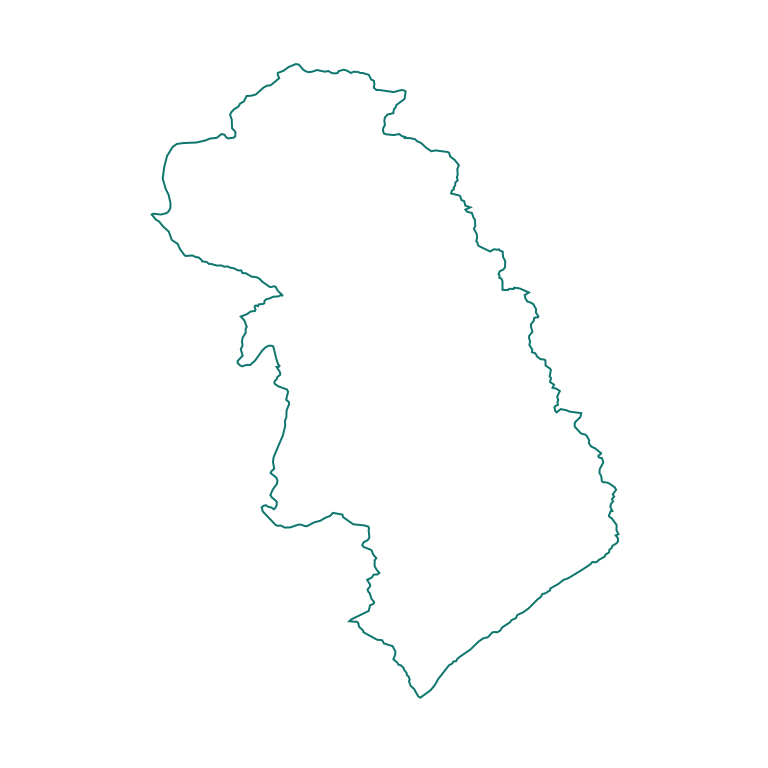 the district of San Rafael, Antioquia, Colombia, rotated 98°
{"feature_id": "7082276B22021388124839", "entity_name": "San Rafael", "entity_type": "district", "adm_level": 2, "iso_a3": "COL", "parent_name": "Colombia", "parent_adm1": "Antioquia", "projection": "equal_earth", "projection_center": [-75.014, 6.308], "detail": "fine", "context": "isolated", "style": "outline", "palette": "teal", "viewbox_px": 768, "rotation_deg": 98, "n_neighbors": 0, "source": "geoboundaries", "source_scale": "gbopen_adm2", "svg_char_len": 6128}
<svg xmlns="http://www.w3.org/2000/svg" viewBox="0 0 768 768"><g transform="rotate(98 384 384)"><path d="M689.6,304.4L680.7,295.2L675.0,291.7L668.9,289.4L653.5,280.5L651.5,277.7L649.2,276.7L648.4,273.9L646.5,273.4L643.9,271.3L634.8,261.4L625.8,254.4L622.1,250.4L620.3,245.9L614.9,242.1L614.3,240.5L614.0,237.1L612.2,234.8L608.4,232.9L602.5,226.1L600.2,225.0L597.5,220.8L594.2,219.9L590.8,214.5L586.1,209.6L576.1,202.1L573.4,199.3L569.8,197.9L569.1,195.6L565.2,190.8L563.3,190.8L557.8,183.6L553.0,179.0L550.7,174.5L540.9,162.6L534.1,154.8L531.2,152.8L531.2,149.9L530.5,148.4L528.2,146.7L524.2,141.4L522.1,140.9L519.5,137.7L516.7,137.7L514.6,135.7L512.5,135.3L509.4,131.6L507.4,130.4L504.0,131.0L501.7,133.5L500.1,130.9L496.3,133.5L491.3,134.0L485.1,140.0L484.3,142.2L483.2,143.0L478.4,141.8L478.0,140.2L474.1,142.8L470.7,142.4L468.5,140.8L466.2,142.3L463.5,140.4L461.4,142.1L456.5,139.4L454.3,141.0L451.3,146.8L450.5,149.6L450.8,153.6L449.6,154.9L445.3,155.9L442.0,158.3L438.2,158.5L431.2,155.9L427.1,157.8L426.9,160.6L426.0,161.6L424.8,161.5L423.1,159.4L422.3,159.4L418.3,166.2L417.0,170.3L414.1,172.9L411.2,173.0L407.0,176.1L406.1,177.6L405.6,182.0L399.7,189.2L396.6,189.7L394.9,189.2L389.6,185.0L385.4,184.6L385.5,196.4L384.5,200.3L384.3,205.6L388.1,209.1L387.0,210.5L383.6,212.0L382.0,211.2L380.5,208.9L377.8,209.7L375.6,209.2L372.5,210.8L366.5,208.9L364.7,212.5L364.3,216.6L361.0,215.5L358.9,219.9L354.9,219.4L353.4,221.0L346.8,220.7L345.6,221.8L343.3,226.5L338.1,227.5L337.5,229.1L337.6,232.4L335.7,236.0L332.5,238.5L331.9,241.9L329.3,242.0L325.0,245.5L321.7,245.2L318.8,246.6L316.2,247.0L311.8,244.3L306.5,246.5L304.3,246.8L300.6,244.5L297.9,244.5L297.0,243.2L296.6,240.9L295.5,240.5L292.0,243.6L288.7,243.8L284.0,247.4L282.7,251.1L282.5,253.4L279.7,255.8L276.4,257.1L273.2,253.2L270.6,262.6L270.4,265.2L270.6,268.6L271.9,268.8L272.3,273.3L273.6,274.2L274.3,279.7L265.6,281.0L263.3,282.4L262.8,284.6L260.4,284.7L259.2,285.9L256.1,285.0L254.1,281.7L251.4,280.4L245.2,281.1L241.9,283.7L236.4,284.9L235.8,287.7L234.7,288.8L235.3,290.7L235.2,293.7L238.0,297.3L234.3,309.0L233.2,310.4L230.8,311.2L230.0,312.5L226.0,312.2L222.5,313.1L217.7,316.6L214.9,315.6L208.5,316.9L207.1,318.3L202.4,320.8L201.8,325.7L200.0,327.7L197.1,323.1L196.0,328.3L191.7,330.1L191.1,332.9L187.9,334.4L186.8,335.7L186.0,344.1L183.2,343.7L181.1,341.8L179.9,342.3L177.4,341.2L174.6,341.4L172.1,339.4L169.1,340.6L167.0,340.1L160.9,341.3L156.9,340.3L152.3,345.2L149.5,350.1L146.2,351.6L145.4,353.1L145.5,365.4L146.9,369.5L144.2,375.1L140.2,380.7L139.1,384.8L137.2,387.4L136.9,393.0L137.6,397.3L137.4,397.9L136.4,397.5L136.1,400.6L134.4,403.7L136.2,409.3L136.4,416.8L136.0,418.9L133.2,420.3L130.2,420.3L127.7,419.1L123.3,420.3L120.0,420.2L116.7,418.1L114.5,412.5L110.5,412.4L108.7,411.1L106.1,410.6L98.8,403.3L91.2,403.3L90.5,404.9L90.5,407.7L93.6,415.2L93.5,430.0L93.9,432.4L92.0,435.3L88.6,435.2L85.1,436.2L84.3,439.1L79.9,442.1L79.0,448.4L79.3,450.8L78.6,453.3L79.0,457.5L80.6,460.1L78.8,464.4L78.4,467.7L80.5,472.5L82.5,473.2L83.3,476.0L83.3,479.1L81.8,482.6L83.0,486.1L82.4,494.0L84.9,499.0L85.7,502.4L85.2,505.1L83.9,507.9L79.6,512.7L79.4,515.8L83.4,522.6L87.8,527.1L90.7,532.4L92.6,532.3L95.7,530.3L103.0,536.9L104.3,538.7L104.8,541.3L107.2,544.5L115.2,551.3L117.0,555.6L117.9,560.1L123.7,562.1L126.3,565.5L129.6,566.8L132.9,570.8L136.4,573.2L138.9,573.9L143.2,571.6L152.0,570.0L154.3,566.9L155.6,566.1L159.6,565.8L161.0,567.1L162.5,572.6L161.9,574.3L159.4,576.6L159.1,579.7L163.5,583.9L165.1,590.3L167.9,595.2L171.0,603.5L173.3,616.1L175.1,622.5L178.5,626.2L188.5,630.6L200.8,631.9L211.4,631.7L221.5,627.2L226.3,623.8L234.3,620.7L239.5,620.0L243.2,621.4L245.2,623.3L247.2,628.5L247.5,636.2L248.5,637.6L252.8,633.0L254.5,629.2L258.5,625.0L263.1,618.3L270.8,614.3L274.0,607.8L278.7,604.9L284.4,599.3L284.8,597.9L283.4,591.8L284.6,587.4L284.4,585.4L286.4,582.1L287.9,581.2L287.8,576.7L289.5,573.9L289.1,572.3L290.0,566.0L289.2,561.4L290.1,558.6L289.3,555.0L290.2,552.8L290.3,548.8L291.8,544.4L291.4,541.2L293.8,539.7L293.6,536.0L296.1,530.1L296.0,525.5L296.5,523.3L297.6,521.1L299.4,519.2L303.7,510.8L303.7,509.2L302.5,506.5L302.8,504.9L306.5,502.1L310.7,496.3L310.4,498.5L312.0,500.8L312.9,505.6L315.1,509.0L316.5,512.4L318.3,513.9L320.7,513.8L321.4,514.4L322.6,519.1L324.5,519.6L324.0,521.3L324.4,522.5L325.6,522.9L328.3,521.6L329.6,521.9L330.8,526.2L333.9,529.4L337.1,535.2L340.4,531.2L346.5,527.9L348.8,528.7L352.6,528.1L357.7,530.4L361.4,530.6L365.8,529.4L369.4,530.7L375.7,527.9L381.6,532.2L383.5,531.9L385.2,529.9L386.3,527.0L384.2,522.8L383.8,519.2L378.7,514.9L367.9,509.3L364.1,506.4L362.1,503.3L361.8,500.8L362.2,498.9L374.6,493.9L379.5,491.4L380.5,490.0L381.4,490.3L382.1,492.7L386.7,488.7L388.7,488.1L389.7,488.3L391.7,490.5L394.1,490.9L396.3,492.6L397.9,492.8L399.4,491.8L401.1,488.0L402.9,479.4L404.9,477.9L413.2,478.7L415.1,475.7L417.1,475.1L423.6,476.8L430.5,476.1L434.4,476.9L439.4,476.0L449.0,477.0L471.7,483.1L476.6,483.1L483.1,480.9L486.1,483.4L488.0,483.8L491.8,477.5L494.6,476.0L497.9,476.2L504.1,479.5L509.8,481.1L512.0,479.2L515.3,473.9L518.4,473.4L521.6,474.2L523.4,475.6L522.0,478.2L521.6,482.1L520.5,483.9L521.0,485.7L523.1,488.0L527.0,486.4L538.8,471.5L539.2,469.3L538.5,466.5L540.0,462.4L539.0,456.7L535.1,449.1L534.8,446.9L535.8,441.8L535.3,440.2L530.6,433.7L528.4,428.2L524.5,423.3L522.1,418.9L518.7,416.7L519.1,407.0L521.5,406.0L527.2,394.9L526.8,384.1L527.4,379.6L529.1,378.7L530.5,378.9L538.3,377.1L541.0,378.5L543.5,382.1L546.5,383.2L548.2,381.6L549.9,374.2L550.7,373.0L554.3,371.0L557.5,367.4L560.0,368.7L565.6,368.0L569.0,365.4L571.7,362.3L573.5,364.0L574.2,367.6L577.4,369.2L580.3,373.4L584.9,369.7L586.5,369.7L589.8,371.7L592.1,370.5L592.9,369.2L598.7,366.4L600.6,364.0L601.9,363.3L603.4,364.2L605.1,367.0L610.9,367.6L621.6,383.6L623.8,385.3L623.3,377.4L624.5,376.1L627.9,374.9L631.2,370.2L632.7,369.8L638.2,355.3L638.0,350.1L640.9,348.0L642.4,339.0L647.3,335.5L650.8,335.3L655.3,336.4L658.0,332.1L659.8,330.8L660.3,328.1L662.4,325.1L664.1,324.4L667.0,321.4L669.0,320.9L670.3,318.9L673.1,317.4L674.9,317.9L679.2,315.6L681.8,311.8L688.5,306.7L689.6,304.4Z" fill="none" stroke="#0f766e" stroke-width="2"/></g></svg>